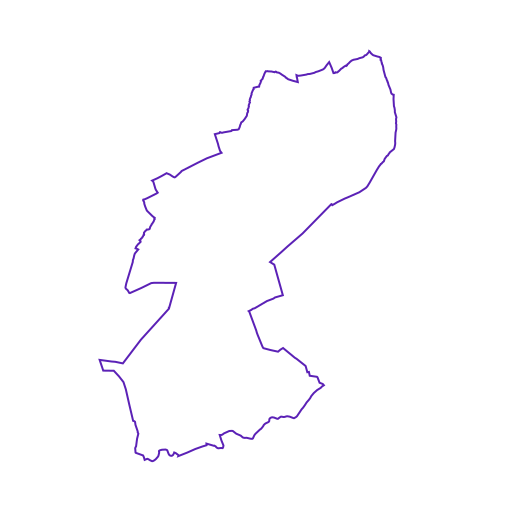 outline of Remetea Mare, Timis, Romania, rotated 342°
{"feature_id": "2599482B75207648796905", "entity_name": "Remetea Mare", "entity_type": "district", "adm_level": 2, "iso_a3": "ROU", "parent_name": "Romania", "parent_adm1": "Timis", "projection": "robinson", "projection_center": [21.43, 45.83], "detail": "fine", "context": "isolated", "style": "outline", "palette": "violet", "viewbox_px": 512, "rotation_deg": 342, "n_neighbors": 0, "source": "geoboundaries", "source_scale": "gbopen_adm2", "svg_char_len": 6013}
<svg xmlns="http://www.w3.org/2000/svg" viewBox="0 0 512 512"><g transform="rotate(342 256 256)"><path d="M280.6,399.9L279.9,398.3L277.3,396.2L277.0,390.5L276.8,390.0L276.6,389.7L270.1,386.5L270.5,382.6L268.9,382.4L269.2,376.1L269.1,375.8L262.8,366.3L261.5,364.8L253.3,351.9L250.3,352.6L247.4,353.8L240.7,349.9L234.8,346.1L234.4,345.6L234.3,345.1L234.1,343.8L233.2,331.6L233.1,329.3L233.2,326.8L232.4,306.7L232.1,306.2L234.9,305.8L236.6,305.2L238.6,305.3L252.6,302.2L253.4,302.2L259.4,301.9L261.3,301.3L269.4,301.6L270.7,269.9L267.5,266.1L281.3,260.1L289.1,256.6L307.2,249.0L343.6,230.0L343.9,230.0L344.3,231.2L347.3,230.6L349.7,230.0L358.2,228.8L361.1,228.6L374.0,227.3L381.6,225.2L383.4,224.2L386.7,221.4L397.4,211.6L400.7,208.8L402.4,207.7L403.2,207.0L403.8,207.0L405.6,205.9L406.8,205.5L408.4,203.4L411.3,201.3L412.5,201.1L413.4,200.2L415.0,199.1L415.2,198.8L420.2,196.9L420.6,196.4L421.3,195.5L422.7,193.1L423.3,191.7L423.8,189.7L426.9,181.7L428.1,179.7L428.8,178.3L429.3,176.5L430.1,174.3L430.1,173.0L430.8,171.7L431.5,169.0L432.4,167.5L432.5,162.1L433.1,160.2L433.5,157.8L433.5,156.1L435.3,149.2L436.8,145.2L435.8,144.6L435.0,143.3L435.0,142.0L435.3,139.2L434.9,134.3L435.1,131.4L434.8,130.9L435.0,130.1L434.8,129.1L434.8,127.1L434.7,126.4L434.4,125.8L434.8,118.5L435.3,115.7L435.4,113.7L435.1,112.0L435.4,111.6L435.3,110.1L435.5,108.8L435.5,108.2L435.1,107.9L436.0,106.2L435.7,105.7L435.3,105.6L435.1,105.3L435.0,105.0L434.8,104.8L433.1,103.8L429.6,101.3L428.9,100.4L428.1,98.8L427.9,98.7L427.4,96.7L427.0,96.2L426.8,96.7L423.4,98.7L422.8,98.9L421.3,98.9L420.5,99.5L419.4,99.9L418.8,100.0L415.5,99.8L413.4,100.0L409.4,99.5L407.3,99.7L405.3,100.5L403.7,101.4L402.0,102.1L401.5,102.8L401.1,102.7L400.5,103.1L400.1,102.7L397.4,103.4L396.5,103.9L394.9,104.2L392.1,105.7L391.5,105.8L390.7,106.3L389.9,106.5L389.2,106.3L388.3,105.8L387.9,106.2L387.4,106.3L386.2,106.0L386.1,100.4L385.5,94.2L382.1,96.4L379.5,98.4L378.0,99.1L377.0,99.3L372.3,99.6L369.6,99.5L368.1,99.8L363.5,99.5L361.5,99.0L359.8,99.0L354.3,98.2L352.0,97.7L351.3,97.3L350.4,96.5L350.0,98.7L350.1,98.9L349.5,103.5L345.3,100.8L341.3,97.9L340.6,97.1L340.6,96.8L339.4,95.5L339.4,95.1L339.0,94.4L336.6,91.5L335.6,90.1L334.3,88.7L332.5,87.8L332.2,87.1L331.6,86.7L330.6,87.0L330.3,86.7L329.9,86.6L327.7,85.3L324.8,84.2L324.0,83.7L323.2,83.7L322.5,83.3L321.9,83.7L320.4,85.2L318.4,87.8L318.0,88.0L317.1,89.5L316.0,90.0L315.4,90.5L314.8,90.7L314.9,91.2L314.6,91.4L313.9,92.6L312.0,94.5L311.3,95.9L310.1,95.6L305.8,95.3L305.6,95.8L304.9,96.7L305.0,96.8L304.3,97.3L302.0,100.0L301.7,101.1L300.6,102.3L300.3,103.1L299.7,103.6L298.4,105.3L298.3,106.2L297.5,107.0L297.7,108.1L297.0,108.7L296.0,110.0L295.8,110.2L295.7,110.6L295.4,111.0L295.5,111.5L294.3,113.3L293.3,114.1L293.2,114.3L293.2,115.3L293.4,115.4L293.4,115.5L292.6,116.8L292.2,117.0L291.6,117.8L290.6,119.8L287.6,122.2L285.0,123.9L283.2,124.4L282.4,125.6L281.6,126.4L280.2,128.5L278.7,130.1L277.5,130.2L272.1,128.9L271.9,128.9L271.5,129.4L271.0,129.5L263.3,128.4L262.1,128.4L261.2,128.1L260.3,127.2L259.9,127.1L259.6,127.6L259.2,127.8L254.5,127.4L254.5,137.6L254.3,140.1L254.3,144.9L255.1,147.2L239.5,147.9L229.6,149.3L211.5,152.2L210.5,152.9L207.9,154.1L203.9,155.9L203.0,156.1L202.1,155.5L200.8,154.0L199.3,152.0L196.5,149.6L195.8,149.8L190.8,150.8L186.1,151.6L180.5,152.2L181.0,153.0L181.3,154.0L181.1,160.9L181.2,162.1L182.1,165.4L180.8,165.8L170.4,167.4L167.3,167.7L166.3,167.5L165.9,167.9L166.0,169.0L166.2,169.8L166.2,170.8L165.9,171.7L165.9,174.8L166.2,178.9L166.6,179.9L169.9,186.2L170.7,187.3L171.0,187.9L171.5,188.4L171.4,188.7L170.8,189.1L170.8,189.4L170.9,189.8L170.2,190.3L169.3,191.6L168.2,192.3L167.5,193.1L166.6,193.5L166.2,194.1L164.5,195.5L164.0,196.2L163.3,197.3L162.2,197.6L160.2,197.1L159.9,197.5L158.5,198.0L156.7,199.2L156.4,200.2L156.0,200.6L156.2,201.1L156.0,201.4L155.3,201.6L154.6,202.4L154.1,202.6L153.8,203.1L152.6,203.8L151.9,204.0L151.4,204.5L150.3,204.9L150.4,205.0L150.4,205.6L150.8,206.3L150.7,206.6L150.4,207.1L149.5,207.4L148.5,208.0L148.0,208.1L147.1,208.6L144.8,210.2L143.8,211.5L144.8,212.2L146.0,213.4L142.0,215.9L141.3,216.5L140.3,217.9L138.8,220.5L137.7,221.8L136.9,223.7L124.2,241.9L123.1,243.8L122.1,245.6L122.1,246.7L123.4,249.0L123.9,251.3L123.9,251.7L124.6,252.3L136.9,251.0L148.0,249.4L150.9,250.0L171.7,256.9L157.3,278.6L157.1,278.5L156.9,279.2L120.7,300.0L96.2,317.0L89.4,313.1L86.2,311.8L75.2,306.5L75.3,317.8L85.3,321.2L88.5,328.1L91.0,335.0L91.0,342.6L89.6,357.8L88.2,374.8L89.2,375.5L89.5,375.9L89.7,376.4L89.2,379.3L89.3,386.3L89.0,387.0L89.2,388.6L86.4,393.1L83.1,400.0L82.2,400.8L81.7,401.5L80.7,405.7L80.8,406.0L81.3,406.4L87.0,410.8L87.2,412.8L87.1,415.5L89.4,415.3L90.2,415.4L91.4,416.6L92.0,417.4L93.6,418.9L94.4,419.2L96.2,418.9L98.0,418.2L100.8,416.5L101.5,415.8L103.1,413.2L103.4,411.7L103.7,411.3L104.7,411.1L106.7,411.2L110.1,412.1L111.0,412.7L111.5,413.3L111.6,414.1L111.7,416.5L111.8,417.5L112.1,418.5L112.6,419.2L113.5,419.8L114.2,420.0L115.6,419.6L116.9,418.4L117.5,417.6L118.7,418.6L120.9,421.7L120.4,422.3L130.0,421.7L138.7,420.8L146.2,420.6L150.5,420.7L150.9,419.1L157.3,423.5L157.8,423.5L158.9,424.8L159.0,425.3L159.6,426.3L160.6,427.2L163.5,427.8L164.5,428.3L164.9,428.4L165.8,427.5L166.5,426.1L166.1,420.6L166.2,415.0L167.7,415.5L168.8,415.5L170.8,414.8L176.3,414.2L177.1,414.3L179.2,414.9L179.9,415.3L182.3,418.9L185.4,421.6L186.2,422.4L186.4,422.9L187.4,424.5L187.8,424.8L188.6,425.3L191.1,426.1L194.2,428.0L195.3,428.5L196.1,428.7L196.7,428.5L198.9,426.1L199.8,425.4L200.8,424.8L206.3,422.2L207.2,422.0L208.9,421.0L210.3,420.0L211.1,419.2L212.2,418.6L213.3,418.2L216.3,417.8L217.1,417.5L217.6,417.0L218.3,415.3L219.0,414.7L220.5,414.3L221.6,414.4L223.2,415.2L225.9,417.4L226.7,417.6L228.5,416.9L230.2,416.5L232.6,417.7L233.6,417.9L235.3,417.9L236.3,418.1L238.4,419.2L241.6,421.8L242.1,422.0L244.1,421.6L245.4,421.1L252.0,415.9L253.9,414.8L256.6,412.8L258.9,410.9L261.6,409.3L263.5,408.0L265.3,406.3L268.6,404.2L272.7,402.4L276.8,401.4L278.4,400.5L280.6,399.9Z" fill="none" stroke="#5b21b6" stroke-width="2"/></g></svg>